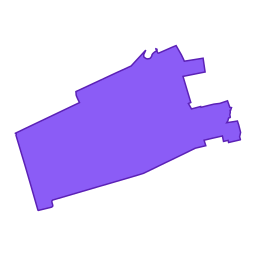 Tia Mare, Olt, Romania
{"feature_id": "2599482B77725047520626", "entity_name": "Tia Mare", "entity_type": "district", "adm_level": 2, "iso_a3": "ROU", "parent_name": "Romania", "parent_adm1": "Olt", "projection": "mercator", "projection_center": [24.632, 43.857], "detail": "fine", "context": "isolated", "style": "filled", "palette": "violet", "viewbox_px": 256, "rotation_deg": 0, "n_neighbors": 0, "source": "geoboundaries", "source_scale": "gbopen_adm2", "svg_char_len": 1635}
<svg xmlns="http://www.w3.org/2000/svg" viewBox="0 0 256 256"><path d="M240.4,139.6L240.0,138.2L239.6,136.8L240.6,132.4L238.7,124.9L237.4,121.0L233.8,121.6L226.7,122.7L227.9,120.7L228.6,118.0L230.0,117.6L230.3,117.2L229.8,114.7L230.1,113.4L230.3,112.1L230.1,110.4L230.6,110.3L231.5,107.6L229.8,107.3L227.5,100.8L219.8,103.4L214.0,104.1L210.2,105.0L201.0,107.3L200.7,106.5L193.1,108.5L191.5,108.9L188.4,103.5L190.8,102.5L183.0,76.4L198.0,73.4L205.1,72.0L203.1,58.2L201.1,58.5L197.5,59.1L184.3,61.2L183.7,59.7L181.4,54.9L176.4,46.1L176.1,45.6L172.4,47.1L164.0,50.8L158.7,53.1L158.1,53.1L157.7,52.8L157.4,52.0L156.9,51.4L157.1,49.9L156.8,49.1L155.9,48.8L155.9,49.2L156.2,49.6L156.5,50.2L156.3,51.0L156.0,51.2L154.5,52.1L152.8,53.6L152.0,54.8L151.7,56.2L150.4,58.1L149.3,58.6L147.3,58.9L145.7,58.4L143.8,56.8L143.7,54.7L145.8,50.1L131.1,66.0L116.2,72.8L99.5,80.6L76.0,91.5L75.9,91.6L76.1,93.8L76.1,94.3L76.3,95.6L76.7,96.6L77.6,98.7L79.5,102.6L25.4,128.4L15.4,133.2L15.4,133.4L15.9,133.4L16.2,133.6L16.3,133.8L16.3,134.2L16.2,134.4L16.2,134.8L16.1,135.0L16.0,135.3L16.6,137.4L20.6,150.7L20.7,151.1L23.0,158.7L25.3,166.4L30.4,183.9L37.6,209.0L37.9,210.0L38.0,210.2L38.3,210.4L41.3,209.7L51.1,207.3L51.8,207.0L52.1,206.8L52.5,206.5L52.7,206.2L52.8,205.5L52.7,205.0L52.5,204.2L51.9,202.1L51.8,201.7L51.9,201.2L52.1,200.6L52.4,200.3L52.8,200.0L96.1,187.3L109.6,183.4L138.8,174.8L143.6,173.3L166.6,162.1L166.9,162.0L177.9,156.7L195.3,148.2L205.8,145.7L204.8,142.6L204.1,140.2L210.9,138.6L213.0,138.1L222.4,136.0L223.5,141.4L228.1,140.4L228.6,142.5L236.0,140.8L240.3,139.8L240.4,139.6Z" fill="#8b5cf6" stroke="#5b21b6" stroke-width="1.5"/></svg>